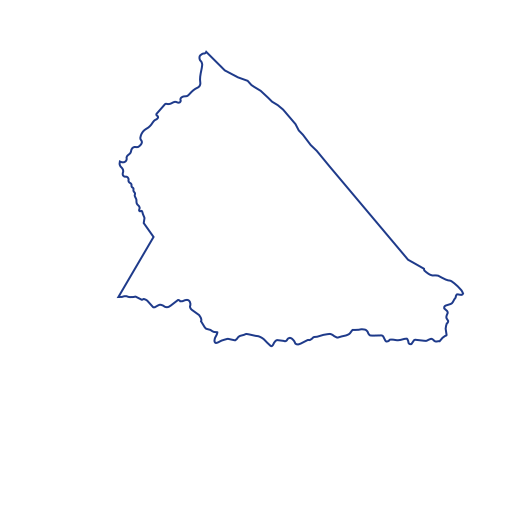 San Marcos de Sierra, Intibucá, Honduras (Mercator projection), rotated 48°
{"feature_id": "27666195B33277731304286", "entity_name": "San Marcos de Sierra", "entity_type": "district", "adm_level": 2, "iso_a3": "HND", "parent_name": "Honduras", "parent_adm1": "Intibucá", "projection": "mercator", "projection_center": [-88.248, 14.123], "detail": "fine", "context": "isolated", "style": "outline", "palette": "blue", "viewbox_px": 512, "rotation_deg": 48, "n_neighbors": 0, "source": "geoboundaries", "source_scale": "gbopen_adm2", "svg_char_len": 6048}
<svg xmlns="http://www.w3.org/2000/svg" viewBox="0 0 512 512"><g transform="rotate(48 256 256)"><path d="M422.3,127.1L421.8,127.1L420.5,126.6L418.9,126.3L413.4,126.4L409.0,126.9L405.6,127.6L404.6,128.0L403.6,128.7L402.7,129.5L400.4,130.8L396.4,132.4L392.5,133.8L390.9,135.2L388.5,137.9L387.6,138.5L386.5,139.1L384.8,139.7L382.0,140.3L379.5,140.6L378.9,140.4L377.9,139.7L360.5,145.5L238.7,141.4L218.5,140.5L210.1,141.1L197.3,140.0L191.3,140.2L184.4,138.4L165.3,137.9L158.4,138.9L152.1,140.8L146.6,141.1L136.4,142.0L129.1,144.2L125.9,145.0L120.2,145.0L111.1,149.9L97.2,155.0L71.0,156.4L71.3,157.2L71.3,158.0L70.9,159.0L70.2,159.8L69.8,161.0L69.7,162.1L69.6,163.0L69.7,163.6L69.9,164.2L70.3,164.8L71.1,165.6L72.1,166.2L73.2,166.6L74.8,166.6L75.7,166.8L77.0,167.4L77.9,168.0L80.0,170.5L83.2,174.8L85.4,177.5L87.5,179.6L90.3,181.7L90.9,182.3L91.6,183.4L92.0,184.6L92.0,186.0L91.2,189.1L90.9,191.6L90.9,194.2L91.2,198.0L91.2,199.3L91.0,200.2L90.6,200.9L89.3,202.6L88.8,203.4L88.5,204.3L88.3,205.4L88.4,206.3L88.8,207.1L89.3,207.6L90.3,208.1L90.6,208.6L90.8,209.2L90.8,209.9L90.5,210.6L90.0,211.2L89.4,211.6L88.0,212.3L87.1,213.2L86.5,214.5L85.8,217.1L85.3,218.3L84.3,219.7L82.7,221.0L82.4,221.5L82.3,222.2L83.8,234.8L84.2,235.4L84.8,235.7L85.3,235.7L86.2,235.5L87.0,235.7L87.6,236.2L87.8,236.9L87.9,238.2L87.4,240.0L87.3,241.2L87.6,243.1L88.3,246.0L88.5,247.9L88.5,250.0L88.0,252.9L87.8,254.6L87.9,256.7L88.4,258.6L88.8,259.7L89.4,260.9L90.7,262.8L91.3,263.3L92.0,263.7L92.6,263.8L93.9,264.0L94.9,264.5L95.3,264.9L95.7,265.6L96.0,266.3L96.2,267.2L96.3,269.2L96.1,270.6L95.4,271.7L94.1,272.9L93.6,273.5L93.2,274.6L93.1,275.7L93.3,276.5L93.6,277.4L94.9,279.3L95.4,280.5L95.5,281.7L95.4,284.1L95.6,285.2L96.2,286.3L97.4,287.2L97.9,287.9L98.3,288.8L98.4,289.8L98.1,291.1L97.7,291.7L97.3,292.3L96.0,293.3L94.7,293.9L96.1,295.6L96.8,296.1L97.5,296.4L98.9,296.8L100.5,296.7L101.6,296.8L102.6,297.0L103.4,297.4L104.5,298.3L105.3,299.6L105.8,300.1L106.4,300.6L107.1,300.9L107.9,300.9L108.8,300.7L109.4,300.3L110.1,299.5L110.6,299.1L111.4,298.8L112.1,298.8L112.7,298.9L113.5,299.2L114.0,299.6L114.8,300.5L115.7,300.9L116.8,300.9L118.2,300.5L118.9,300.5L119.7,300.8L120.7,301.7L121.3,302.0L122.0,302.1L123.1,301.8L123.8,301.9L124.3,302.3L125.1,303.1L125.7,303.5L126.5,303.7L127.9,303.8L128.6,304.1L129.1,304.6L129.8,305.6L130.5,306.0L131.3,306.3L132.8,306.7L133.9,307.1L134.6,307.6L135.9,308.7L137.0,309.4L138.2,309.7L140.6,309.6L142.0,310.0L142.7,310.6L143.4,311.8L144.0,312.4L144.5,312.5L145.1,312.3L145.4,311.9L145.6,311.3L145.8,311.0L146.1,310.8L146.5,310.8L147.4,311.1L149.2,312.0L152.6,313.2L153.2,313.5L156.4,317.4L173.3,319.4L194.4,385.7L196.7,383.0L197.7,380.9L198.4,380.0L199.3,379.1L201.0,378.2L202.2,377.2L204.5,374.5L205.3,373.1L205.5,372.8L206.0,372.5L212.0,370.2L212.4,369.7L212.6,368.9L212.7,368.4L213.0,368.1L213.4,367.8L214.9,367.1L216.4,366.7L224.9,366.7L225.4,366.6L225.8,366.3L226.4,365.4L227.1,362.2L227.6,360.6L228.0,359.9L228.9,359.2L230.3,358.4L231.2,358.1L232.5,357.8L233.3,357.4L234.3,356.6L235.0,355.7L235.4,354.8L235.8,352.5L236.5,343.5L236.8,343.1L237.1,342.9L238.0,342.6L239.0,342.6L239.2,342.3L240.4,340.9L241.3,338.4L242.1,337.1L242.7,336.4L243.5,335.9L244.3,335.7L245.0,335.7L245.7,335.8L246.6,336.2L247.6,336.7L248.1,337.2L248.7,337.8L249.2,338.7L249.7,339.1L250.3,339.4L251.2,339.7L252.1,339.8L253.1,339.7L260.9,338.0L262.0,337.8L262.5,337.9L264.8,338.3L266.2,338.9L267.1,339.5L267.8,340.6L268.2,340.6L274.6,341.8L275.9,341.8L276.4,341.8L276.9,341.6L280.5,339.3L282.3,338.9L283.9,338.3L284.6,337.8L285.8,336.7L286.5,336.0L286.8,335.8L287.1,336.0L287.9,337.3L288.4,338.4L289.3,340.9L289.9,342.0L290.6,342.9L291.2,343.6L292.0,344.1L292.8,344.3L293.5,344.2L294.1,343.6L294.5,342.8L294.9,341.7L295.5,339.3L295.9,338.0L297.2,335.2L298.5,332.6L299.0,332.1L304.4,328.2L304.7,327.9L304.8,327.2L304.8,326.2L304.8,325.4L304.4,323.8L304.5,321.9L305.0,320.7L306.5,317.8L307.2,315.8L307.6,315.2L309.5,313.7L315.0,309.8L317.1,308.0L318.0,307.5L319.3,306.9L321.1,306.3L322.9,305.9L324.8,305.8L327.8,305.7L332.5,305.3L333.2,305.0L333.5,304.6L333.6,303.9L333.4,302.7L332.6,300.7L332.3,299.2L332.2,298.0L332.4,297.1L332.7,296.5L334.3,295.1L337.4,292.4L338.5,291.7L338.9,291.3L339.2,290.6L339.3,289.8L339.2,289.3L338.9,288.3L338.8,287.5L339.1,286.4L339.5,285.6L340.1,285.2L340.9,284.8L341.7,284.6L343.4,284.5L345.0,284.6L347.3,285.3L347.7,285.3L348.9,284.8L349.9,283.9L350.4,282.9L351.0,281.4L353.0,273.9L353.3,273.4L354.2,272.6L354.5,272.1L354.7,271.2L354.9,269.8L354.8,268.0L355.1,267.0L356.9,264.6L359.7,258.7L361.8,255.4L363.2,253.4L363.9,252.8L364.9,252.3L365.9,251.9L367.9,251.5L369.5,250.9L370.9,250.3L371.4,249.7L373.0,246.3L375.2,242.4L375.7,241.1L376.1,239.9L376.3,238.9L376.3,237.9L375.6,234.5L375.6,233.7L377.1,232.0L379.5,229.1L380.7,227.1L381.2,226.4L383.1,224.7L384.1,224.0L384.8,223.8L385.9,223.7L386.8,223.7L387.4,223.9L388.5,224.3L389.5,224.5L390.8,224.5L391.4,224.3L392.2,223.6L393.4,222.4L398.6,216.3L399.2,215.7L399.9,215.4L400.3,215.3L401.0,215.3L405.4,216.5L406.3,216.5L406.8,216.3L407.3,215.6L407.8,214.6L407.9,213.9L407.7,212.8L408.0,212.2L408.7,211.3L410.0,210.0L412.6,207.9L413.6,206.9L415.1,204.7L416.9,201.2L418.1,199.5L418.5,199.2L419.2,199.2L421.0,199.8L422.7,200.8L423.2,200.9L424.0,200.8L424.8,200.3L425.3,199.7L425.4,199.3L424.4,195.2L424.4,194.5L424.8,193.7L431.9,187.4L432.9,186.4L433.3,185.5L433.7,183.9L434.4,181.9L434.8,181.2L435.3,180.8L435.9,180.6L437.1,180.3L438.5,180.3L439.4,179.9L440.1,179.4L441.7,177.0L442.2,176.6L441.6,172.1L441.9,169.2L442.4,167.7L442.2,167.2L436.9,163.7L435.1,161.5L434.0,159.7L433.8,159.4L433.9,158.7L433.7,157.9L433.3,157.1L432.7,156.6L429.9,156.1L429.1,155.7L428.2,154.8L427.4,153.4L426.7,151.8L426.3,151.4L425.6,151.0L424.6,150.8L421.0,151.2L420.3,150.7L419.7,149.9L419.6,149.1L419.8,148.1L421.9,143.5L422.1,142.6L422.2,142.0L421.9,140.4L420.9,137.6L420.6,135.9L420.4,135.4L419.8,134.6L419.4,134.0L419.1,133.2L419.0,132.4L419.2,132.1L419.5,131.7L421.1,130.5L422.3,129.4L422.6,128.8L422.7,128.3L422.6,127.7L422.3,127.1Z" fill="none" stroke="#1e3a8a" stroke-width="2"/></g></svg>